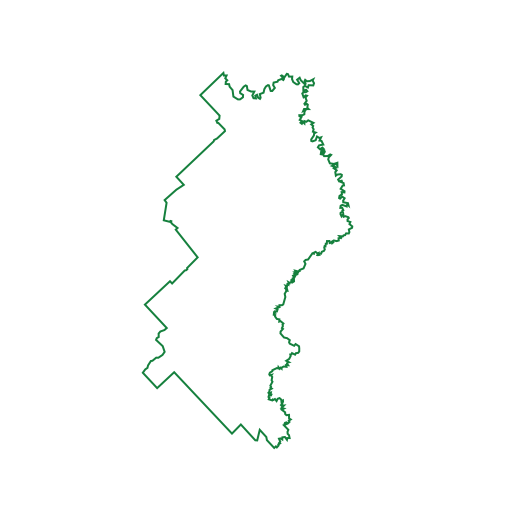 Swan Hill, Victoria, Australia, rotated 47°
{"feature_id": "25037944B58383707208646", "entity_name": "Swan Hill", "entity_type": "district", "adm_level": 2, "iso_a3": "AUS", "parent_name": "Australia", "parent_adm1": "Victoria", "projection": "orthographic", "projection_center": [143.117, -35.101], "detail": "fine", "context": "isolated", "style": "outline", "palette": "green", "viewbox_px": 512, "rotation_deg": 47, "n_neighbors": 0, "source": "geoboundaries", "source_scale": "gbopen_adm2", "svg_char_len": 6144}
<svg xmlns="http://www.w3.org/2000/svg" viewBox="0 0 512 512"><g transform="rotate(47 256 256)"><path d="M99.9,155.0L100.4,187.0L128.5,186.9L130.7,189.4L130.0,192.7L132.3,193.5L132.9,192.8L142.0,192.6L143.5,193.5L143.5,204.4L142.6,207.5L143.3,208.8L143.7,260.2L154.7,260.3L153.2,269.0L152.8,284.7L156.1,285.1L167.0,299.1L172.0,295.9L172.0,294.7L172.8,294.2L173.6,295.3L175.7,295.4L182.0,294.3L182.0,296.7L217.2,299.6L217.8,314.6L218.8,315.2L218.8,316.7L218.0,318.0L218.9,336.1L215.8,336.1L215.8,370.4L247.8,370.4L247.7,373.5L246.0,377.4L246.3,380.1L248.9,382.4L248.4,384.6L249.2,386.3L258.3,385.7L263.8,388.2L264.6,391.9L263.8,396.8L262.3,398.3L262.0,403.2L261.1,404.5L262.4,409.6L263.8,411.7L263.4,414.3L264.2,418.4L285.2,418.4L285.2,395.1L369.5,394.7L368.9,382.0L390.3,382.2L391.7,380.9L385.7,371.8L395.4,371.9L398.1,373.6L408.8,373.6L408.8,371.3L410.2,371.3L410.0,368.8L409.2,368.4L409.4,366.3L408.5,366.6L408.3,364.9L405.3,363.8L406.2,362.4L408.1,361.9L406.6,360.4L408.1,358.3L411.5,358.7L410.5,357.3L412.1,355.6L409.6,354.1L407.6,354.1L406.1,352.9L405.2,350.9L398.7,351.0L399.5,348.9L398.1,349.3L397.8,348.6L398.4,347.2L400.2,346.6L400.2,344.7L398.8,344.3L399.2,342.1L397.4,342.6L394.7,340.2L393.2,342.3L391.4,342.4L390.2,341.3L386.0,342.0L386.6,339.7L384.6,341.0L384.4,337.6L383.1,339.4L382.1,339.4L382.1,337.6L381.2,337.5L381.1,335.7L380.0,334.8L379.6,336.5L378.2,335.5L376.0,335.7L375.2,337.5L376.1,339.9L373.5,339.7L373.2,341.4L372.4,341.6L372.7,342.6L369.5,344.4L368.9,342.9L367.6,343.0L366.9,341.8L368.2,340.1L367.8,339.2L367.0,339.6L366.2,338.5L365.8,340.5L364.5,340.2L364.4,338.8L363.1,337.3L363.7,334.9L362.2,335.2L361.9,334.2L360.6,333.9L359.2,329.7L357.6,329.4L355.5,326.6L353.8,326.5L353.6,325.6L352.7,327.3L351.6,327.0L350.8,325.4L351.4,322.7L350.7,321.9L352.2,317.2L353.4,316.4L352.6,315.4L354.7,315.6L354.5,314.2L355.8,314.1L355.1,313.4L355.7,311.1L357.8,309.3L356.3,308.5L357.8,307.0L355.8,306.7L355.4,305.6L356.1,304.4L353.3,305.3L353.9,301.9L352.8,298.9L351.4,298.1L352.1,297.1L351.6,295.9L354.8,294.7L354.3,293.1L355.6,291.2L355.3,289.5L353.1,287.4L351.4,286.1L347.4,287.1L347.7,289.3L343.1,291.1L341.6,290.6L340.6,288.7L337.3,289.3L334.7,291.1L329.3,290.9L328.0,289.5L327.7,286.0L326.4,286.2L325.6,284.1L324.3,283.4L324.1,282.0L320.3,282.5L319.8,283.7L318.3,282.1L316.2,283.7L313.2,283.3L312.3,282.2L311.1,283.1L310.1,281.9L310.6,280.9L309.3,280.9L309.2,280.0L310.8,278.5L309.8,276.7L307.9,277.4L309.2,274.1L308.1,274.3L309.1,273.4L308.0,272.4L309.7,270.6L310.0,269.1L306.0,262.5L303.2,260.8L302.2,257.3L302.9,256.7L301.0,255.7L300.9,256.7L300.0,256.0L299.8,257.4L299.0,254.8L298.1,254.6L299.3,254.0L298.1,252.4L299.1,252.0L298.3,251.4L298.8,250.7L297.3,250.1L298.6,249.7L299.2,248.2L297.7,246.5L298.4,245.4L300.2,247.0L300.5,245.5L298.4,243.7L298.3,244.8L297.4,244.5L297.9,242.6L297.3,240.8L296.6,241.0L296.5,242.5L295.7,242.3L297.1,239.2L295.2,239.9L295.4,238.6L294.2,238.8L295.0,237.6L293.6,237.3L295.0,236.4L295.7,237.5L297.0,237.5L296.2,234.7L296.7,234.2L296.0,233.5L297.5,229.7L295.5,225.2L292.8,224.4L292.7,222.4L294.1,220.3L292.5,212.8L293.8,212.1L293.1,211.3L293.6,209.6L296.0,209.3L296.3,208.5L297.2,210.5L297.6,210.2L298.3,209.1L297.4,209.0L297.4,208.0L298.7,206.8L297.8,205.0L298.6,202.8L298.1,201.2L296.4,200.4L295.6,199.1L296.3,198.6L294.6,196.6L295.3,195.8L293.5,193.9L295.1,192.1L296.6,193.1L296.3,193.9L297.0,193.2L297.2,191.2L298.6,191.7L298.7,190.1L297.4,189.9L297.7,188.5L300.1,186.9L301.1,184.9L299.3,183.5L300.2,181.9L301.7,181.4L298.4,181.4L300.9,179.1L300.6,177.9L301.5,176.6L300.9,174.7L302.8,172.8L302.2,171.4L299.9,170.0L300.9,166.5L300.0,165.4L296.4,165.9L295.5,163.8L292.9,165.2L291.7,164.2L291.5,162.2L290.6,162.0L287.8,163.5L287.1,165.1L284.7,163.5L285.3,166.4L282.9,165.6L282.1,164.6L282.7,162.6L281.7,161.9L282.0,160.9L279.5,160.1L278.3,161.5L277.0,159.8L277.5,158.0L281.6,155.9L280.7,154.9L280.9,154.0L282.2,153.9L280.1,152.7L276.2,155.5L275.0,154.6L274.2,151.8L271.3,152.5L271.4,155.4L270.3,155.7L269.0,153.9L269.5,151.1L267.7,149.8L269.8,148.0L269.0,147.1L264.6,148.3L263.6,144.6L264.4,143.5L262.4,142.2L259.4,143.6L259.8,141.3L258.0,144.3L256.1,143.8L256.2,139.1L255.2,137.9L253.9,138.3L251.9,141.0L251.7,142.8L248.7,140.8L248.4,138.6L244.7,139.3L244.7,138.0L247.0,136.3L242.0,138.9L243.1,134.7L245.4,134.8L243.3,132.9L241.8,136.2L238.6,138.8L234.6,137.3L233.5,135.4L233.3,132.1L232.3,132.5L231.8,135.4L229.4,138.1L227.5,137.6L226.7,134.6L225.9,134.3L225.2,136.0L226.9,138.3L225.7,139.2L223.3,136.1L224.0,133.5L222.0,133.5L221.5,136.4L218.7,136.6L218.1,134.4L220.4,130.8L216.5,129.6L214.9,130.8L213.6,127.5L212.8,129.2L210.2,129.9L212.0,133.4L210.7,136.5L209.6,137.1L208.4,136.1L207.3,131.4L206.1,130.0L206.4,128.2L203.9,129.6L202.6,127.4L200.6,127.0L199.9,125.5L197.4,125.8L197.8,123.2L192.4,125.3L192.2,127.6L190.5,128.5L192.1,130.2L190.0,130.3L190.6,132.3L188.9,132.6L188.8,130.3L186.3,131.2L185.4,128.0L183.4,128.9L182.6,128.3L184.7,126.0L185.3,124.0L183.5,122.1L183.2,120.7L182.4,120.9L182.1,122.4L181.3,120.6L184.4,117.3L182.6,117.4L180.6,114.9L179.4,115.1L178.8,117.0L177.7,116.8L177.1,113.1L173.9,111.8L173.6,109.4L172.4,110.1L172.3,112.9L168.7,111.3L168.7,109.5L170.2,107.8L170.5,106.1L168.6,106.0L167.4,108.6L164.7,106.2L164.8,104.3L168.2,103.1L167.0,101.0L170.3,97.8L169.2,95.7L166.4,95.0L165.8,93.6L164.8,97.3L162.9,99.6L160.7,99.9L161.1,101.0L163.9,102.3L164.0,103.1L157.9,103.4L155.4,102.5L155.1,105.7L159.1,106.5L159.1,108.3L158.0,109.3L154.2,110.1L151.2,109.0L149.5,107.1L147.3,109.5L144.8,108.6L143.8,109.2L144.7,113.3L141.5,114.0L141.3,114.7L145.6,114.9L145.9,116.0L144.0,116.5L142.6,119.9L143.2,121.4L141.2,124.8L142.7,126.9L145.9,127.6L146.4,131.6L145.3,132.7L140.0,130.2L139.2,130.7L138.8,133.1L139.6,136.0L141.7,139.1L140.2,142.8L143.4,144.7L143.8,145.9L141.7,146.5L138.8,145.3L138.3,147.2L140.7,148.6L138.9,150.2L136.1,149.2L134.6,145.1L132.4,147.4L128.8,149.0L125.5,146.8L124.2,147.2L123.8,149.5L124.8,155.5L126.2,156.5L129.4,155.6L131.0,157.3L130.6,160.8L129.2,162.4L124.0,163.8L118.7,160.0L114.2,159.8L112.0,158.5L109.5,160.9L107.9,159.1L107.9,157.2L105.1,157.3L103.9,154.4L102.1,156.4L99.9,155.0Z" fill="none" stroke="#15803d" stroke-width="2"/></g></svg>